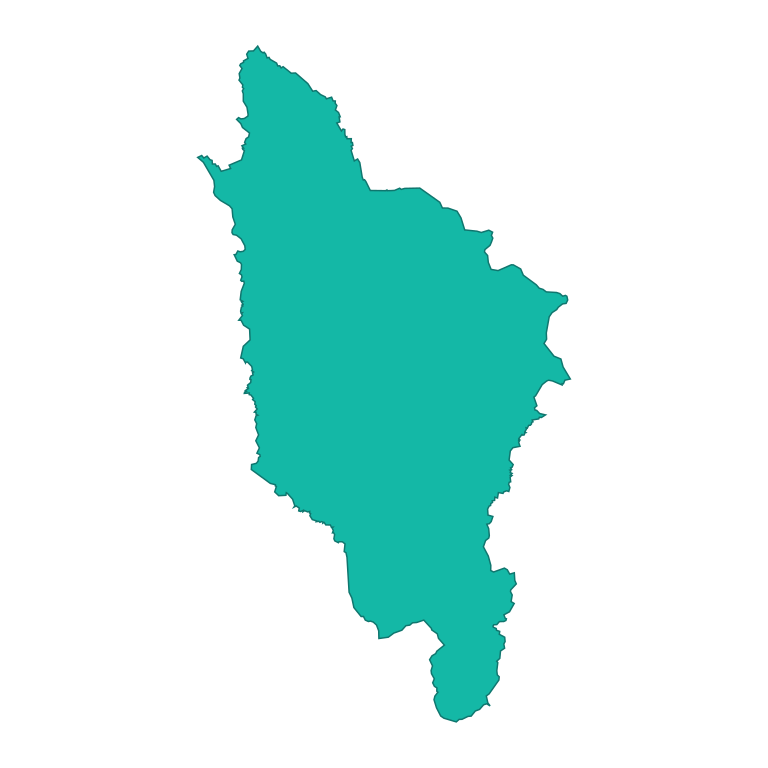 Khanu Woralaksaburi, Kamphaeng Phet, Thailand (Robinson projection), rotated 270°
{"feature_id": "78962969B71867994659832", "entity_name": "Khanu Woralaksaburi", "entity_type": "district", "adm_level": 2, "iso_a3": "THA", "parent_name": "Thailand", "parent_adm1": "Kamphaeng Phet", "projection": "robinson", "projection_center": [99.636, 16.012], "detail": "fine", "context": "isolated", "style": "filled", "palette": "teal", "viewbox_px": 768, "rotation_deg": 270, "n_neighbors": 0, "source": "geoboundaries", "source_scale": "gbopen_adm2", "svg_char_len": 6129}
<svg xmlns="http://www.w3.org/2000/svg" viewBox="0 0 768 768"><g transform="rotate(270 384 384)"><path d="M721.9,257.7L717.1,253.5L716.9,248.7L713.8,246.7L709.6,248.0L707.1,243.5L705.7,243.6L704.1,240.6L702.5,239.8L699.5,242.0L694.4,239.2L689.9,239.9L687.9,239.0L683.1,242.8L680.7,242.4L679.4,243.7L677.1,242.3L674.3,243.3L666.8,243.3L660.7,247.0L653.6,248.1L651.9,247.9L649.5,244.3L649.1,240.9L650.4,238.6L648.6,236.6L644.4,240.8L640.5,242.5L635.0,249.5L631.1,248.6L629.4,246.1L625.6,244.6L624.0,245.7L622.2,241.9L619.9,243.6L619.7,242.4L618.5,242.9L617.4,244.4L608.1,241.5L602.8,229.1L599.5,230.6L596.7,221.2L602.2,218.1L601.6,216.6L604.0,215.3L604.0,212.4L607.6,212.1L608.3,210.0L611.9,207.1L610.0,203.8L612.5,201.7L610.6,197.7L605.7,203.4L587.7,213.9L581.4,214.6L575.7,213.6L572.4,215.1L567.6,220.4L562.2,229.5L559.2,232.1L551.1,232.8L543.7,235.3L538.2,232.2L535.3,232.0L533.5,233.1L532.8,236.5L529.2,241.1L522.3,244.8L518.6,245.2L516.7,243.3L516.2,240.2L517.0,237.8L513.5,235.9L513.3,234.2L506.8,237.3L505.3,240.5L503.5,241.5L498.5,241.3L494.5,239.4L493.3,241.4L491.1,242.0L487.7,240.7L486.7,241.7L486.8,243.8L484.7,244.3L476.6,241.2L468.2,240.2L466.7,242.7L466.3,241.4L463.7,243.1L462.9,241.8L462.0,242.8L460.8,241.4L456.9,240.6L455.0,241.0L455.2,242.3L454.2,241.5L452.5,242.4L447.8,238.8L447.7,241.1L442.8,243.6L438.9,249.6L428.1,250.1L421.7,243.3L410.0,240.7L409.2,243.2L405.0,245.5L405.9,245.8L405.9,247.6L401.6,251.7L398.5,252.4L397.3,251.6L396.0,253.6L395.3,252.5L393.1,253.1L391.9,250.9L390.0,250.0L388.6,249.9L388.4,251.0L385.5,250.7L382.8,247.5L380.9,248.2L380.3,247.2L379.4,248.3L377.5,245.4L376.7,246.4L375.9,244.6L374.6,244.3L375.0,249.3L373.4,249.2L373.0,250.9L369.7,253.5L368.4,252.6L366.4,255.1L363.7,254.8L362.4,256.2L361.0,255.5L359.0,257.2L355.9,254.4L355.6,256.1L353.9,256.0L352.8,257.8L352.3,256.1L348.1,254.8L344.3,256.7L340.5,255.8L333.1,258.6L327.2,255.8L320.1,259.4L314.8,256.9L313.4,259.8L311.6,260.2L310.5,258.6L306.9,258.1L304.7,256.4L303.5,251.6L298.5,251.3L284.6,270.3L283.3,275.4L282.1,275.3L281.6,276.4L276.1,274.7L272.3,278.7L272.7,285.9L275.3,286.3L274.5,287.5L268.8,292.6L262.1,294.8L260.9,294.0L262.0,296.2L259.9,299.3L257.1,298.7L256.5,300.6L257.7,303.3L256.3,303.0L257.3,304.7L256.1,307.6L256.6,309.7L255.1,309.5L254.4,310.6L252.3,309.9L248.4,312.3L247.1,316.5L246.3,316.2L246.7,318.8L245.7,319.9L246.4,321.5L245.8,323.1L244.9,322.9L245.6,324.1L243.1,325.8L243.0,330.4L240.7,331.4L240.8,332.9L240.0,332.1L237.5,333.3L235.2,332.5L235.4,333.5L233.5,334.6L229.2,333.9L227.1,334.8L225.3,338.4L226.3,339.0L226.2,342.4L224.1,345.0L216.4,344.2L215.3,346.0L210.7,347.0L175.7,349.1L169.9,351.9L160.4,353.9L151.5,361.1L151.5,363.5L147.9,365.3L146.5,368.4L146.9,370.5L145.9,373.3L143.0,376.5L137.2,378.7L129.5,378.9L130.8,388.3L134.9,393.8L137.8,401.9L142.3,405.9L142.9,409.8L145.2,412.5L145.5,416.7L147.9,423.8L139.6,431.4L138.1,431.7L134.2,437.3L129.6,438.5L122.9,444.4L116.8,436.8L114.4,435.7L112.2,432.0L108.3,429.6L102.1,432.5L97.4,431.1L94.3,431.5L89.2,434.3L85.2,432.7L81.7,434.4L80.1,436.9L76.8,436.8L75.8,437.9L71.9,434.9L68.3,434.0L60.2,436.5L52.0,440.7L49.8,443.9L46.1,456.3L48.6,459.1L48.7,462.0L51.6,468.0L51.9,471.2L57.0,475.3L58.6,479.6L63.2,483.6L64.2,486.7L62.1,490.1L65.2,487.8L72.1,486.3L74.1,489.1L88.0,498.9L91.2,499.2L93.1,497.3L97.3,496.8L105.4,497.8L106.7,496.7L109.6,499.8L117.0,500.5L119.8,504.6L124.0,503.8L126.4,505.1L130.8,504.7L133.7,499.3L136.6,499.7L137.7,496.5L139.5,496.2L140.8,493.3L141.9,493.0L143.2,493.7L143.4,496.8L146.4,499.4L146.5,503.8L147.5,505.9L149.2,506.4L149.7,505.2L153.2,503.9L156.2,509.5L164.5,514.2L166.4,511.1L173.0,512.2L176.3,510.5L178.1,510.7L184.1,516.3L187.6,514.8L195.2,514.3L193.9,509.7L198.2,507.3L199.9,504.4L196.0,493.6L197.5,490.7L202.7,490.8L211.9,488.3L221.2,483.4L227.5,485.6L230.0,488.8L232.4,489.3L239.3,488.7L243.8,486.8L244.3,489.3L246.4,491.2L251.5,492.9L252.9,488.0L259.0,487.6L262.0,489.2L262.5,490.6L264.5,490.8L265.5,492.5L267.2,492.2L267.6,494.6L270.8,494.8L270.0,497.5L275.4,498.4L274.6,503.0L276.2,503.9L277.2,506.7L276.5,508.8L280.5,509.9L283.7,508.6L285.7,509.2L286.2,510.7L290.9,510.1L292.4,511.9L292.8,510.3L294.6,512.1L295.4,510.2L297.4,510.8L297.9,510.0L298.4,511.6L300.1,510.6L300.8,512.1L303.4,513.2L308.0,509.1L317.0,510.3L320.3,512.9L321.7,520.0L325.5,518.7L327.0,519.4L327.3,518.6L328.2,518.7L328.3,519.7L329.4,518.8L333.5,522.0L332.8,522.8L333.2,524.3L335.0,524.7L335.4,525.9L336.1,524.8L338.8,526.4L340.2,526.1L339.8,527.3L342.6,528.6L342.8,530.4L344.1,531.5L345.6,531.6L346.2,533.0L348.0,532.2L349.1,538.7L350.7,539.4L350.5,541.4L353.1,545.5L354.5,539.6L357.6,536.7L358.0,535.0L360.2,534.5L362.2,536.9L370.9,533.9L372.2,535.6L383.4,542.2L387.0,546.7L387.8,548.6L387.1,552.4L383.0,562.1L384.4,562.1L384.2,563.4L387.8,564.9L389.0,570.3L401.0,563.1L409.0,560.9L411.8,554.0L424.5,544.0L428.8,546.6L435.1,546.3L451.2,549.2L455.4,552.1L458.4,556.7L460.8,558.3L464.1,562.6L464.6,566.1L468.0,567.7L471.7,566.9L472.6,565.4L471.8,562.7L474.4,559.9L475.5,556.5L476.1,546.3L478.6,543.0L479.8,539.2L483.2,536.3L492.8,523.3L499.0,520.7L503.1,513.4L503.2,511.3L497.4,498.1L498.6,491.1L505.6,488.3L512.5,487.6L516.0,484.5L518.4,484.9L522.6,490.0L525.8,491.4L529.9,492.8L532.5,491.4L535.8,492.6L537.8,488.8L535.5,481.3L536.8,477.0L538.1,464.7L550.1,461.0L556.8,457.0L559.9,448.0L560.0,442.4L565.7,439.8L579.9,419.8L579.6,404.7L578.6,401.2L579.8,399.7L577.6,394.6L577.4,391.1L577.3,387.1L578.0,386.9L577.3,385.6L577.5,370.3L586.6,365.8L588.3,364.5L588.0,363.3L590.9,362.2L605.4,359.8L609.0,357.6L607.1,354.3L617.7,351.1L619.4,352.4L621.8,351.2L622.6,352.9L625.5,352.4L625.5,351.1L629.3,351.3L629.3,347.0L631.4,346.8L631.1,345.6L633.5,344.9L638.4,344.8L639.0,343.0L637.1,341.4L645.0,336.8L646.1,339.9L651.1,339.1L651.2,340.2L655.5,338.5L658.0,335.4L662.4,336.9L664.8,335.2L667.0,335.3L667.1,333.1L670.8,331.6L669.2,326.4L671.1,325.3L673.4,320.6L677.4,316.1L676.8,312.7L684.3,307.9L695.0,295.6L694.8,291.2L701.3,283.1L700.1,281.1L702.2,279.8L702.1,277.7L704.9,276.6L708.6,270.2L710.6,269.0L710.1,267.1L714.1,265.6L715.8,264.1L715.1,263.1L716.7,260.7L721.9,257.7Z" fill="#14b8a6" stroke="#0f766e" stroke-width="1.5"/></g></svg>